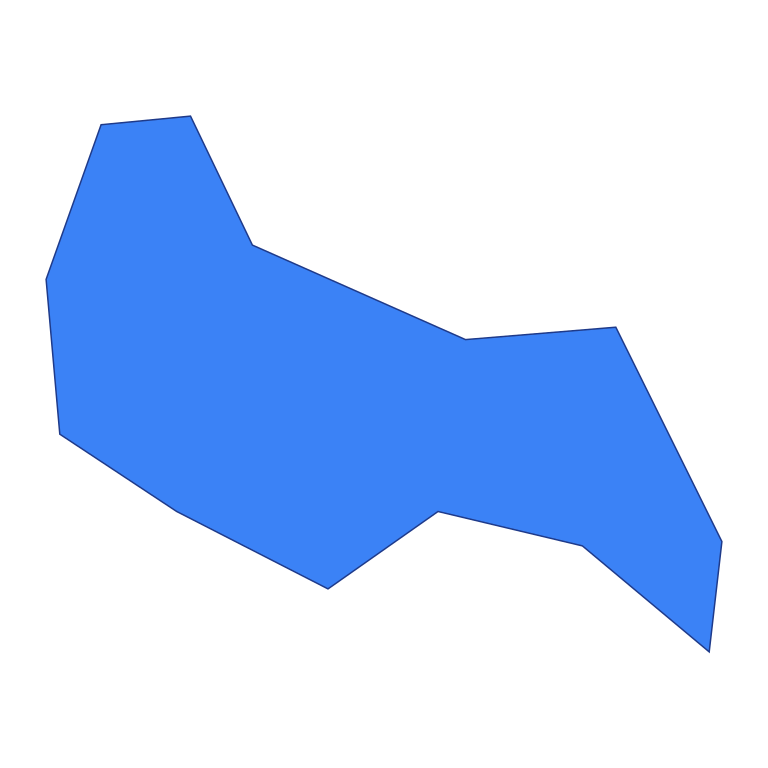 SVG path tracing the border of Eschen
{"feature_id": "LIE-4902", "entity_name": "Eschen", "entity_type": "state/province", "adm_level": 1, "iso_a3": "LIE", "parent_name": "Liechtenstein", "parent_adm1": "", "projection": "robinson", "projection_center": [9.535, 47.208], "detail": "fine", "context": "isolated", "style": "filled", "palette": "blue", "viewbox_px": 768, "rotation_deg": 0, "n_neighbors": 0, "source": "natural_earth", "source_scale": "10m", "svg_char_len": 298}
<svg xmlns="http://www.w3.org/2000/svg" viewBox="0 0 768 768"><path d="M615.8,327.2L721.9,541.6L709.2,651.9L582.4,545.9L438.0,511.5L328.0,588.9L176.7,511.5L59.8,434.2L46.1,279.4L101.1,124.7L190.5,116.1L252.4,245.1L465.5,339.6L615.8,327.2Z" fill="#3b82f6" stroke="#1e3a8a" stroke-width="1.5"/></svg>